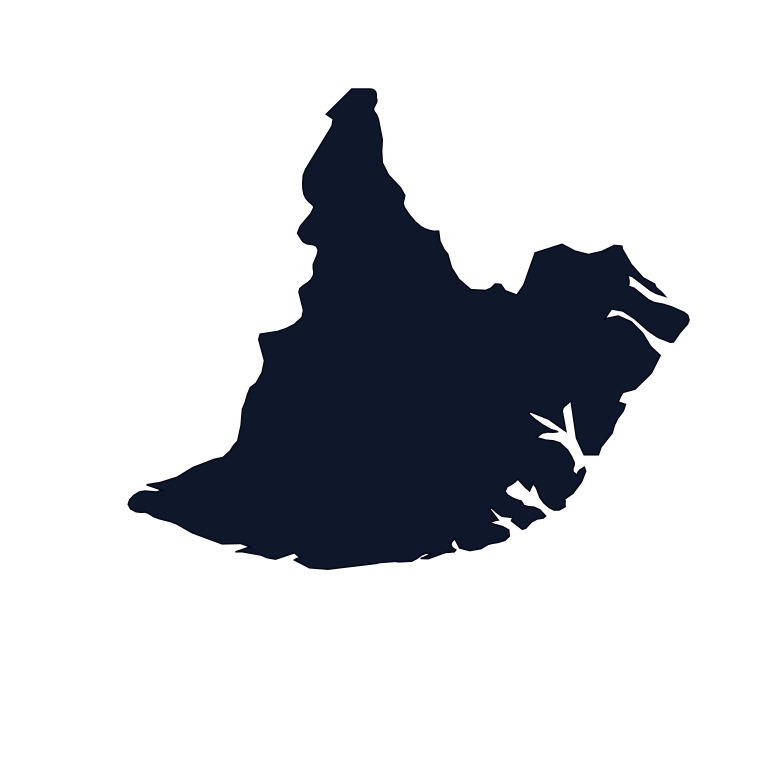 Bayelsa, orthographic projection, rotated 310°
{"feature_id": "NGA-2845", "entity_name": "Bayelsa", "entity_type": "State", "adm_level": 1, "iso_a3": "NGA", "parent_name": "Nigeria", "parent_adm1": "", "projection": "orthographic", "projection_center": [6.155, 4.833], "detail": "fine", "context": "isolated", "style": "filled", "palette": "ink", "viewbox_px": 768, "rotation_deg": 310, "n_neighbors": 0, "source": "natural_earth", "source_scale": "10m", "svg_char_len": 3711}
<svg xmlns="http://www.w3.org/2000/svg" viewBox="0 0 768 768"><g transform="rotate(310 384 384)"><path d="M642.5,477.6L640.4,480.2L634.5,496.5L631.9,514.1L634.5,527.1L632.8,530.3L632.7,537.9L631.9,543.0L628.3,534.2L627.1,528.9L626.0,505.1L623.9,500.3L622.5,503.0L620.7,505.2L618.6,507.0L616.0,508.5L618.1,514.0L618.5,532.2L620.0,538.5L624.7,546.9L627.8,554.3L631.7,567.8L631.9,572.4L629.1,576.5L625.1,577.9L613.2,577.7L602.3,578.8L600.0,576.5L595.8,563.9L594.6,551.9L595.1,534.3L593.5,520.1L587.7,510.0L575.9,511.2L586.7,519.8L590.6,533.4L589.2,549.2L584.1,564.2L583.4,577.2L564.1,581.8L541.6,579.6L531.0,572.4L525.8,573.4L520.7,574.9L523.6,582.1L517.3,584.6L507.6,585.2L500.5,587.0L493.0,590.3L475.2,590.8L467.6,593.7L458.4,582.8L466.2,566.3L491.6,537.8L486.5,537.3L483.4,536.6L481.0,536.5L477.9,537.8L464.7,553.7L462.9,532.7L456.7,513.9L454.3,513.9L453.9,521.6L454.6,531.5L456.4,541.1L459.4,548.1L455.6,544.4L452.3,540.1L448.0,536.7L440.9,535.1L445.1,544.2L449.3,550.2L451.9,556.6L451.4,566.9L448.9,574.5L446.1,580.2L443.7,582.0L440.5,583.0L438.2,585.3L438.3,590.8L441.4,589.3L443.8,589.3L449.0,590.8L446.9,594.5L435.9,598.2L421.5,599.0L411.8,596.3L410.5,598.2L408.0,600.0L406.5,601.6L400.3,599.3L396.8,595.4L395.5,589.9L395.7,582.8L397.3,576.4L402.5,567.2L403.6,561.8L401.8,562.6L397.6,563.6L395.7,564.3L395.8,558.1L397.2,547.7L393.0,547.2L388.9,546.2L384.3,544.3L379.6,545.7L378.4,549.7L379.2,555.4L380.9,560.9L382.5,564.3L380.9,569.4L382.9,573.6L386.1,578.2L387.8,584.3L386.8,592.6L383.7,592.2L379.2,588.2L373.3,585.7L364.7,585.3L361.6,583.3L361.1,569.6L363.4,568.9L364.1,567.8L359.1,560.3L358.4,558.9L358.0,552.4L358.4,545.7L356.1,545.7L353.2,558.9L351.2,557.2L345.3,553.7L351.1,566.9L352.3,573.4L347.9,577.8L342.0,577.1L336.1,573.3L331.1,569.0L328.1,566.9L320.2,564.1L311.6,556.9L307.0,547.4L310.9,537.7L306.6,537.4L303.8,538.6L302.6,541.4L303.0,545.7L300.6,545.7L294.2,539.2L278.6,530.2L273.9,524.2L276.6,525.9L281.7,528.2L284.5,529.8L281.5,524.9L276.8,522.6L271.4,521.3L266.0,519.1L257.7,510.1L254.8,506.0L244.4,495.4L242.0,493.7L206.1,460.1L195.3,445.0L191.6,428.5L193.2,429.0L194.4,429.6L197.1,431.1L197.1,423.9L180.1,413.5L175.8,406.0L173.9,399.7L164.2,382.9L159.9,378.1L173.1,386.1L169.8,376.8L157.5,362.8L146.8,332.8L143.4,314.6L141.3,308.7L136.4,298.5L134.3,292.6L133.4,286.1L132.2,283.2L129.4,280.2L126.8,276.2L125.5,270.1L127.4,265.4L132.0,263.6L138.0,264.0L144.0,266.0L148.2,269.5L155.1,279.2L160.0,282.2L154.2,266.9L164.5,275.8L179.5,285.4L197.3,291.4L216.9,302.2L224.2,307.9L233.7,309.2L240.4,308.3L246.3,308.6L260.5,301.1L273.6,291.8L280.8,289.5L287.8,286.3L295.3,283.9L302.5,285.5L314.2,283.3L324.9,277.6L337.6,259.4L342.6,257.1L355.9,268.8L364.0,273.6L372.0,277.0L382.3,278.4L388.7,275.0L399.8,259.7L403.2,258.2L407.7,259.0L412.6,260.5L417.1,261.1L422.3,260.0L425.1,257.9L427.2,255.4L430.3,252.9L439.7,250.0L444.2,247.7L446.1,243.8L445.3,240.3L441.7,234.6L440.9,230.3L443.9,220.9L451.2,218.4L467.5,218.5L474.5,216.7L475.3,214.5L475.4,209.0L476.2,204.3L478.2,200.3L481.1,196.8L484.7,193.4L491.8,188.1L498.1,186.0L548.1,178.4L554.4,174.8L553.5,166.4L589.3,169.7L600.4,183.0L601.7,184.7L602.6,186.5L602.6,189.3L601.4,191.4L597.8,194.6L597.1,195.9L595.4,197.1L588.2,198.8L586.5,201.1L585.5,205.3L583.2,209.4L570.2,225.5L560.8,232.6L552.4,240.4L547.0,252.9L544.9,270.5L541.8,278.8L534.8,282.3L532.5,285.8L530.0,294.0L528.3,303.8L528.3,311.7L529.3,316.0L530.9,320.2L533.1,324.1L536.2,327.6L529.3,335.1L525.6,343.4L524.5,349.2L516.6,360.8L512.3,374.1L512.1,389.9L521.0,401.7L526.3,404.4L532.2,404.9L535.4,409.5L533.4,416.8L537.5,428.6L549.6,427.5L581.6,415.5L605.5,430.6L608.5,444.6L614.6,457.4L625.6,465.7L638.3,471.4L642.5,477.6Z" fill="#0f172a" stroke="#020617" stroke-width="1.5"/></g></svg>